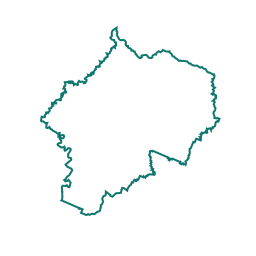 Kyogle, New South Wales, Australia, rotated 14°
{"feature_id": "25037944B88748338867232", "entity_name": "Kyogle", "entity_type": "district", "adm_level": 2, "iso_a3": "AUS", "parent_name": "Australia", "parent_adm1": "New South Wales", "projection": "robinson", "projection_center": [152.788, -28.646], "detail": "fine", "context": "isolated", "style": "outline", "palette": "teal", "viewbox_px": 256, "rotation_deg": 14, "n_neighbors": 0, "source": "geoboundaries", "source_scale": "gbopen_adm2", "svg_char_len": 5718}
<svg xmlns="http://www.w3.org/2000/svg" viewBox="0 0 256 256"><g transform="rotate(14 128 128)"><path d="M108.8,222.5L110.1,221.2L111.7,221.6L113.6,220.1L116.3,219.6L118.0,217.4L120.7,215.2L120.9,214.4L120.6,212.6L120.9,211.8L120.2,209.5L121.3,208.2L121.6,205.4L120.1,202.9L120.6,200.1L122.4,199.0L122.5,197.8L121.9,195.1L126.8,197.1L126.7,197.4L127.4,198.2L129.5,198.4L132.1,194.3L136.7,192.7L136.8,190.4L136.5,189.6L136.9,188.8L136.9,187.4L138.8,187.4L142.4,188.9L142.3,187.1L143.4,183.6L144.5,182.6L144.9,179.7L146.0,179.8L146.4,177.2L146.9,176.6L147.5,177.0L148.2,176.6L148.6,177.6L149.2,177.3L149.5,175.5L150.5,175.6L151.2,171.5L154.8,172.1L154.9,171.1L156.8,172.0L157.0,170.5L157.6,170.5L158.2,169.1L158.7,169.4L160.0,167.7L165.0,167.0L165.1,166.1L163.8,166.3L163.3,165.4L164.1,164.5L162.8,164.4L162.9,163.2L162.4,162.7L161.3,162.9L162.1,161.6L160.4,161.2L160.6,160.1L158.9,159.2L159.5,157.7L158.4,156.9L159.1,155.5L158.4,155.1L158.5,154.4L157.6,154.2L157.2,150.8L156.3,150.6L156.4,150.0L155.0,149.1L155.5,147.3L154.9,145.6L155.2,144.8L156.0,144.5L157.2,144.9L157.5,144.2L157.9,144.2L174.3,146.9L174.1,147.8L175.5,148.0L175.3,149.2L176.1,149.4L176.4,147.5L178.5,147.9L178.7,147.0L186.8,148.4L187.2,147.1L186.8,149.8L189.0,150.2L189.2,149.2L190.0,148.9L191.1,149.9L192.5,149.1L192.8,149.4L192.9,148.4L191.8,146.6L193.7,143.9L193.4,142.9L194.0,142.5L194.0,141.7L193.4,140.5L193.9,139.9L193.5,139.6L194.1,137.6L192.8,133.5L193.8,132.5L194.8,125.6L196.2,125.8L196.8,121.9L201.4,122.4L201.0,121.3L201.5,121.0L201.2,120.4L200.7,120.4L201.0,119.8L200.5,119.6L200.7,118.8L200.3,118.8L200.9,118.3L200.9,116.8L200.3,116.6L200.7,116.4L200.4,115.9L200.8,115.9L201.0,114.8L201.5,115.2L202.5,114.7L203.3,113.6L204.1,113.7L204.6,113.1L205.7,113.7L205.9,113.2L205.0,112.9L205.3,112.4L204.7,112.0L205.1,111.7L204.6,111.2L204.7,109.5L205.8,109.9L206.8,108.8L208.1,108.7L209.0,109.8L208.9,109.0L209.5,108.4L209.2,108.0L210.3,107.7L210.1,106.8L210.5,106.8L212.1,104.8L211.7,101.9L212.0,100.8L213.1,100.3L213.1,99.6L214.1,99.8L214.5,96.9L212.1,96.7L211.5,97.2L209.4,97.4L209.3,96.1L207.5,93.5L207.2,92.1L208.2,89.7L208.1,87.5L206.7,86.4L206.4,85.2L205.3,84.2L205.9,81.8L204.8,80.8L203.8,81.0L205.1,78.7L206.1,78.1L206.2,77.4L205.6,76.9L206.0,76.0L205.6,75.3L205.0,75.6L204.8,75.0L203.4,74.3L202.5,74.5L202.3,75.1L201.0,74.6L201.9,73.5L202.5,71.2L201.0,70.1L202.6,67.8L200.3,67.2L199.2,66.4L200.4,65.3L198.9,63.3L198.1,63.0L198.9,61.5L198.8,60.8L198.0,60.2L199.3,59.3L199.4,57.8L199.4,56.5L198.4,55.3L198.2,55.8L194.3,54.5L192.5,54.8L191.8,54.2L191.1,54.2L189.2,52.2L186.6,52.0L184.8,50.9L183.4,52.0L180.0,50.7L177.4,51.5L174.4,51.2L173.0,50.3L171.7,50.7L169.5,49.1L164.7,49.6L163.5,50.1L162.2,49.9L161.2,50.6L158.8,49.1L157.1,48.8L155.7,47.7L153.8,47.5L152.4,45.6L150.1,44.5L149.7,43.6L148.6,44.2L146.5,44.5L143.0,43.9L142.6,45.0L141.1,46.6L139.2,46.1L137.5,48.4L137.4,50.0L136.4,49.9L134.4,51.7L134.4,53.8L133.4,54.6L131.0,54.7L128.6,52.8L127.6,52.7L123.9,54.3L123.5,55.0L124.3,55.8L124.1,56.2L123.3,57.1L122.0,57.2L119.7,56.0L118.4,54.5L117.7,54.7L116.0,52.2L115.3,52.5L113.8,51.5L112.7,52.2L112.0,50.8L110.8,50.1L109.5,50.4L108.6,49.9L108.2,48.4L106.7,48.8L105.5,47.7L105.4,45.6L104.1,44.1L102.3,43.6L100.1,44.5L98.2,44.2L94.9,40.7L94.4,39.4L94.7,38.3L94.2,37.1L93.4,36.8L92.7,33.5L89.6,37.0L89.1,38.9L90.1,43.0L89.0,44.5L89.9,45.5L91.3,46.2L93.3,46.0L94.5,48.1L95.6,47.9L96.4,50.8L95.8,51.2L96.2,51.3L95.5,52.6L95.8,53.3L94.3,52.9L92.8,54.4L93.2,54.8L92.4,55.4L92.9,57.1L92.1,58.5L92.2,59.8L91.2,60.8L89.9,60.8L90.3,61.1L89.8,61.4L90.9,62.9L90.9,64.1L89.2,65.0L89.4,66.1L88.3,66.5L88.6,68.4L88.3,68.8L86.8,69.9L86.9,70.4L84.7,70.1L86.0,71.8L85.4,72.4L85.1,74.5L85.5,75.0L85.0,75.1L84.9,75.7L84.0,75.8L83.7,75.5L82.3,76.3L82.6,77.0L82.1,78.1L82.6,78.8L81.4,80.5L81.4,83.8L80.8,83.7L80.1,82.6L79.3,82.9L78.8,83.9L79.6,84.8L79.7,85.7L79.0,86.2L78.4,85.7L77.3,86.0L77.2,86.4L77.8,86.1L77.5,86.8L76.7,86.5L77.0,87.0L74.2,90.3L74.2,90.7L76.3,91.5L76.2,93.0L75.6,94.6L74.8,95.1L74.4,94.3L73.8,94.7L72.8,93.9L70.6,94.8L69.0,94.2L68.3,97.2L69.0,98.1L68.5,98.5L66.0,98.1L65.1,99.2L64.7,97.8L63.2,98.0L63.3,96.5L62.4,96.2L61.7,96.7L61.1,98.0L60.3,96.8L59.8,97.0L60.4,98.2L59.9,98.7L58.2,98.0L55.6,98.9L56.9,101.2L56.6,102.7L55.9,103.2L56.3,103.8L55.8,105.4L57.3,105.3L58.1,107.1L59.2,107.8L59.4,108.5L58.9,108.8L57.6,108.4L55.6,110.5L57.1,110.7L56.8,112.6L55.8,111.5L55.2,112.2L55.9,114.6L55.4,116.1L56.1,116.6L56.1,117.3L55.4,117.6L54.3,117.0L51.6,118.3L50.6,120.2L51.4,121.1L52.3,121.1L52.3,121.6L51.3,121.8L50.6,121.1L49.8,121.8L48.2,121.9L48.4,122.5L49.6,123.0L48.8,123.7L50.0,124.5L48.8,125.5L48.7,127.2L46.7,128.2L47.7,129.6L47.7,131.2L46.6,132.1L46.6,132.8L45.4,132.4L44.7,132.8L45.2,134.1L44.1,135.7L44.8,137.2L43.7,138.0L41.5,137.9L41.8,142.1L42.6,142.5L44.3,142.0L46.7,143.3L48.4,142.6L48.1,144.2L48.5,147.1L49.0,147.6L50.2,147.4L51.5,146.0L53.0,147.8L54.5,147.8L55.4,148.7L59.0,149.5L61.0,150.5L62.9,149.3L63.3,151.0L62.3,152.2L62.5,153.3L63.6,153.1L64.5,151.7L66.3,150.5L67.6,150.8L68.2,152.1L67.4,153.7L66.3,154.1L64.9,153.8L64.1,154.3L64.2,154.9L66.1,156.4L66.7,157.7L66.3,158.8L64.3,159.7L63.7,160.4L63.6,160.9L64.2,161.7L67.8,163.0L69.0,162.9L70.8,161.5L71.6,162.7L71.5,164.5L72.3,165.3L73.0,164.9L75.0,161.9L77.1,162.0L77.6,162.5L77.7,163.6L76.3,167.6L76.8,170.4L77.7,171.1L80.1,171.1L80.6,172.6L76.3,178.6L78.3,180.2L82.9,181.2L84.1,182.6L82.4,188.1L80.6,190.1L80.1,192.3L78.7,193.9L80.2,194.9L82.0,194.0L82.9,192.7L85.6,195.0L85.4,199.6L84.1,199.6L82.5,198.3L81.7,199.3L78.8,199.8L78.1,200.8L78.2,202.2L78.9,203.4L79.2,205.5L79.9,205.9L79.8,206.9L80.9,210.3L81.4,213.4L80.9,214.3L99.6,217.4L99.7,218.1L100.7,218.2L100.8,217.5L103.6,217.9L103.0,221.8L108.8,222.5Z" fill="none" stroke="#0f766e" stroke-width="2"/></g></svg>